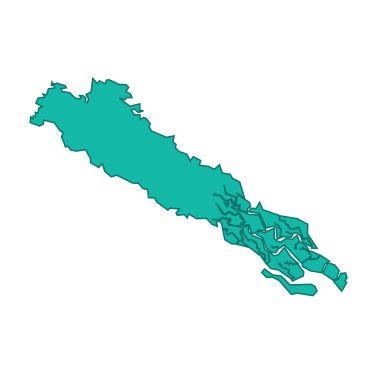 Satkhira, Khulna, Bangladesh (Equal Earth projection), rotated 309°
{"feature_id": "16705992B60176987344662", "entity_name": "Satkhira", "entity_type": "district", "adm_level": 2, "iso_a3": "BGD", "parent_name": "Bangladesh", "parent_adm1": "Khulna", "projection": "equal_earth", "projection_center": [89.15, 22.3], "detail": "fine", "context": "isolated", "style": "filled", "palette": "teal", "viewbox_px": 384, "rotation_deg": 309, "n_neighbors": 0, "source": "geoboundaries", "source_scale": "gbopen_adm2", "svg_char_len": 6109}
<svg xmlns="http://www.w3.org/2000/svg" viewBox="0 0 384 384"><g transform="rotate(309 192 192)"><path d="M149.0,19.4L144.2,22.5L147.2,31.8L150.9,33.7L154.6,31.7L159.2,41.6L156.5,50.6L157.1,54.8L153.0,55.7L147.4,65.4L149.4,66.8L148.3,71.2L150.9,76.3L157.9,82.7L154.3,91.7L151.0,94.7L152.3,103.9L157.6,104.5L153.1,111.2L153.0,119.8L157.7,122.7L161.6,140.3L165.1,144.9L163.8,151.6L166.1,156.1L160.2,161.7L163.8,166.7L162.1,170.8L162.7,184.5L165.8,185.2L170.9,192.9L165.7,192.7L164.7,195.2L169.6,200.3L168.9,204.6L172.8,203.3L174.2,212.4L180.6,219.7L179.5,227.9L181.2,233.4L184.1,229.8L186.7,231.8L186.0,235.0L175.6,247.5L176.7,255.6L179.1,258.5L183.7,259.0L185.6,248.6L182.0,247.6L181.5,246.9L181.4,246.3L182.6,243.0L185.1,243.8L185.0,241.7L183.5,241.9L183.0,240.8L183.2,240.1L184.6,239.7L183.1,240.8L185.1,241.4L185.3,244.0L182.7,243.4L181.5,246.4L185.9,248.6L184.3,258.3L183.6,259.6L179.6,259.6L184.1,269.5L185.0,260.7L185.8,260.4L187.0,261.5L187.3,260.2L188.5,259.6L190.2,255.2L192.2,254.2L193.6,254.8L194.3,255.8L196.1,253.1L189.5,241.3L190.3,238.7L194.6,238.8L192.4,237.1L191.6,232.8L187.7,231.4L183.2,224.7L188.1,230.8L191.7,232.0L195.3,238.6L194.1,240.4L190.2,239.8L192.7,246.5L196.2,250.6L198.6,249.9L201.9,251.8L202.4,246.6L205.2,241.4L202.0,241.1L201.0,240.5L200.0,238.5L199.8,233.9L195.3,232.6L194.2,229.2L198.7,217.1L195.1,231.5L199.5,232.8L200.7,234.5L201.4,240.2L204.6,240.6L205.6,241.9L202.2,252.3L196.6,251.1L202.4,256.7L197.5,264.1L199.3,266.9L204.2,267.6L208.3,273.9L216.2,258.2L210.2,250.1L208.0,241.5L205.1,237.7L205.1,231.8L208.0,233.9L208.9,229.1L210.9,227.2L207.3,225.4L206.2,227.8L202.8,228.8L202.8,226.9L204.2,223.7L203.0,228.6L206.7,225.3L205.6,222.5L206.8,214.9L205.0,214.0L205.1,211.6L203.3,211.6L203.2,210.6L205.4,211.2L205.1,213.8L207.3,215.2L206.5,224.2L211.4,226.9L208.6,234.4L205.2,232.9L207.7,239.1L211.8,237.5L209.0,236.2L209.5,233.5L212.3,231.0L215.6,230.1L211.7,219.3L217.7,212.5L212.5,219.4L216.3,230.3L209.6,234.6L212.4,237.5L208.4,239.6L210.7,247.7L213.6,245.7L217.4,246.6L220.1,243.5L218.6,229.3L219.4,228.2L220.3,236.7L229.8,222.8L228.0,214.7L229.8,210.6L225.8,203.7L230.4,196.2L223.5,195.0L222.4,189.0L217.3,180.8L221.9,179.0L220.2,170.7L215.1,171.2L218.1,164.0L215.2,156.3L216.0,151.3L218.9,149.6L218.9,145.7L224.3,142.8L218.3,137.6L213.9,122.1L215.5,117.8L218.9,116.5L220.2,110.3L219.6,107.6L215.7,106.0L219.2,103.0L215.7,98.5L217.3,93.2L220.1,94.7L220.0,100.2L224.6,103.2L222.5,100.2L227.7,96.0L219.6,89.9L219.1,76.5L221.4,81.8L224.6,82.1L227.5,86.0L229.3,82.7L228.5,77.5L233.5,76.9L233.9,73.2L229.6,67.5L227.1,57.1L225.3,55.2L221.4,56.3L220.2,50.1L216.7,50.6L217.7,43.5L206.2,50.7L201.1,48.2L199.3,53.1L195.4,54.5L195.0,52.2L198.2,50.4L198.3,46.9L196.1,43.8L195.5,46.4L193.9,46.2L191.5,42.3L192.2,34.2L188.4,28.0L189.8,25.1L194.0,28.8L194.8,26.6L191.5,18.5L188.3,16.2L189.3,14.1L186.4,15.6L187.8,17.7L186.6,19.9L181.8,15.5L175.9,17.9L174.4,14.6L172.8,17.9L168.3,13.3L162.8,14.7L164.1,21.8L160.7,20.1L156.6,22.5L155.2,20.1L152.5,22.9L151.1,20.7L148.9,22.6L149.0,19.4ZM196.4,266.8L196.8,260.7L201.4,257.4L196.4,253.4L192.5,258.1L191.6,261.5L189.8,265.8L192.0,267.2L193.1,272.5L192.5,275.6L189.5,277.9L190.5,280.4L187.8,281.3L189.7,288.1L185.7,291.7L184.6,288.9L183.0,294.8L187.4,295.8L188.6,293.6L192.3,289.8L187.8,295.9L182.9,295.5L182.1,301.3L185.9,308.5L186.8,322.7L189.6,325.2L189.2,318.5L189.9,317.3L192.4,316.5L190.1,308.9L190.8,304.5L192.0,305.5L190.5,309.1L192.9,316.3L189.7,318.3L190.0,325.1L189.4,325.5L186.8,323.8L186.0,326.1L196.9,331.3L200.2,329.1L202.6,319.2L199.1,316.3L199.1,312.7L196.8,313.4L196.5,311.7L197.5,309.9L195.1,309.8L194.9,309.1L197.7,309.6L196.9,312.9L198.4,312.3L199.4,312.7L199.3,316.0L201.1,316.5L202.8,318.8L203.2,320.5L203.8,309.5L207.1,298.8L197.4,298.5L194.3,296.1L193.0,284.9L199.2,276.0L196.4,266.8ZM203.8,268.6L199.6,268.9L200.9,275.8L195.1,285.2L195.0,291.7L197.6,295.3L202.1,295.0L203.0,292.4L200.3,290.9L199.5,289.9L199.7,288.8L200.5,287.1L199.7,289.9L203.3,292.3L202.9,295.2L209.1,297.2L205.6,321.9L217.0,324.9L217.9,323.7L218.1,320.4L219.0,318.8L218.4,317.1L218.6,315.9L218.0,314.8L218.7,313.5L217.3,313.8L215.0,311.7L218.9,313.2L219.3,318.8L218.3,320.5L219.9,320.1L222.1,315.0L221.1,306.9L216.6,305.8L213.4,308.7L212.7,308.2L212.9,306.0L213.2,308.5L216.1,305.6L221.2,306.6L224.4,300.8L218.0,299.7L215.2,294.3L209.1,292.5L207.2,288.7L207.8,285.0L215.7,278.6L205.8,273.9L203.8,268.6ZM219.5,252.3L216.7,248.3L212.1,248.1L217.9,257.9L210.8,272.3L216.9,277.0L217.3,279.9L208.9,287.9L214.3,290.7L213.1,288.4L219.5,284.1L218.3,282.1L218.4,281.8L220.3,280.9L219.4,279.1L219.7,276.0L219.8,275.3L220.4,280.8L220.2,281.3L218.5,282.0L219.7,284.1L213.4,288.7L219.2,297.7L223.1,296.7L221.0,294.2L221.1,291.4L219.5,290.1L221.4,291.4L221.4,294.3L226.3,299.4L226.0,304.4L222.9,309.1L224.2,318.1L226.0,318.5L226.7,314.1L228.8,310.6L226.0,309.2L225.4,308.5L225.4,307.7L231.5,297.2L227.3,294.7L225.1,291.3L225.1,288.6L225.7,287.7L226.7,287.1L225.9,284.9L227.9,282.2L224.8,277.9L228.6,274.4L222.8,258.2L226.5,251.0L219.5,252.3ZM195.3,342.7L181.5,326.7L182.8,314.2L178.3,306.7L177.8,296.8L173.3,296.7L172.6,303.6L176.5,308.4L178.1,315.2L174.9,333.6L179.5,337.3L187.7,351.3L193.6,351.5L195.9,347.2L195.3,342.7ZM227.0,324.8L232.2,308.1L239.8,302.2L237.4,290.6L228.8,275.2L225.1,277.9L228.2,282.1L226.1,284.7L227.1,286.8L225.4,291.1L226.8,293.8L231.3,296.5L231.8,297.6L225.7,307.9L228.6,309.8L229.1,311.0L226.3,319.0L223.6,320.3L227.0,324.8ZM213.5,324.2L205.4,322.7L203.7,325.3L205.3,333.7L210.7,343.2L219.6,340.6L224.7,342.4L223.7,331.9L218.8,331.4L214.0,326.9L213.5,324.2ZM222.5,342.2L211.3,344.6L212.2,356.2L214.4,358.7L216.7,359.8L218.1,357.8L223.4,356.0L225.1,348.8L222.5,342.2ZM189.4,266.4L192.1,258.2L193.7,256.3L192.1,254.5L187.2,262.1L185.4,261.0L184.9,263.4L185.6,291.1L189.4,287.9L187.6,285.9L187.5,281.3L190.1,280.3L189.2,278.0L189.4,277.2L192.5,275.1L191.9,267.4L189.4,266.4ZM216.4,360.6L211.8,358.0L209.1,370.7L219.0,369.2L219.3,366.7L222.8,366.5L225.8,362.3L222.2,358.8L216.4,360.6ZM223.6,331.6L220.6,321.1L218.9,320.9L217.6,325.1L213.8,325.4L218.7,330.7L223.6,331.6Z" fill="#14b8a6" stroke="#0f766e" stroke-width="1.5"/></g></svg>